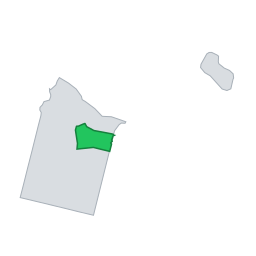 Niefang, Centro Sur, Equatorial Guinea (highlighted), rotated 104°
{"feature_id": "11065452B28626668585382", "entity_name": "Niefang", "entity_type": "district", "adm_level": 2, "iso_a3": "GNQ", "parent_name": "Equatorial Guinea", "parent_adm1": "Centro Sur", "projection": "albers", "projection_center": [10.119, 1.88], "detail": "fine", "context": "in_parent", "style": "filled", "palette": "green", "viewbox_px": 256, "rotation_deg": 104, "n_neighbors": 0, "source": "geoboundaries", "source_scale": "gbopen_adm2", "svg_char_len": 1883}
<svg xmlns="http://www.w3.org/2000/svg" viewBox="0 0 256 256"><g transform="rotate(104 128 128)"><path d="M221.0,140.4L221.2,155.3L221.2,168.0L221.3,181.6L221.4,195.9L221.5,208.0L221.6,215.8L208.3,215.7L190.8,215.7L173.2,215.6L155.7,215.6L146.9,215.6L137.2,215.5L134.0,215.9L131.9,217.9L129.3,218.4L126.3,216.7L122.7,215.9L121.7,214.1L119.9,211.0L116.3,210.6L114.4,211.0L111.8,212.8L108.9,213.7L109.5,212.3L103.7,208.4L99.5,208.0L95.7,206.8L98.8,196.6L102.7,187.7L108.5,180.9L111.6,179.3L112.6,175.9L117.2,164.9L122.9,155.9L121.1,146.8L122.5,131.6L124.1,132.0L124.4,133.4L124.8,135.6L127.0,137.5L134.0,140.4L155.1,140.4L167.7,140.4L186.4,140.4L206.1,140.4L221.0,140.4ZM53.9,37.6L55.5,37.9L65.1,37.7L67.7,41.1L67.4,46.1L57.5,60.8L55.7,66.9L51.8,72.2L48.5,72.6L37.1,69.5L35.1,67.6L34.4,65.1L35.6,59.3L36.4,57.5L41.9,56.4L43.7,55.4L46.6,49.1L47.6,43.4L50.0,39.1L53.9,37.6Z" fill="#d9dde1" stroke="#a8b0b8" stroke-width="1"/><path d="M160.8,172.4L155.2,156.9L155.2,150.4L155.1,140.1L147.6,140.1L147.4,140.2L147.4,140.3L147.4,140.5L147.2,140.7L147.1,140.8L146.9,140.9L146.8,141.0L146.7,140.9L146.4,140.9L146.1,140.9L145.9,140.8L145.7,140.7L145.4,140.6L145.1,140.4L144.9,140.3L144.8,140.2L144.7,140.3L144.4,140.3L144.2,140.5L143.7,140.7L143.6,140.8L143.4,141.0L143.2,141.0L143.1,140.9L142.9,140.8L142.7,140.9L142.4,140.8L142.3,140.7L142.2,140.7L142.1,140.8L141.9,140.9L141.7,140.8L141.6,140.7L141.4,140.7L141.2,140.6L140.9,140.8L140.7,140.8L140.3,140.8L140.1,140.8L139.9,140.7L139.7,140.7L139.4,140.6L139.2,140.5L138.9,140.4L138.6,140.2L138.6,139.9L138.6,139.7L138.4,139.5L138.4,139.9L138.4,140.0L138.3,140.3L138.3,140.5L138.1,140.6L137.9,140.6L137.7,140.8L137.6,141.9L138.1,150.8L138.7,160.5L136.7,168.4L134.1,170.8L134.1,171.0L135.3,172.8L138.3,176.7L138.6,178.1L138.9,178.4L142.7,178.5L151.1,175.0L155.1,173.3L160.8,172.4Z" fill="#22c55e" stroke="#15803d" stroke-width="1.5"/></g></svg>